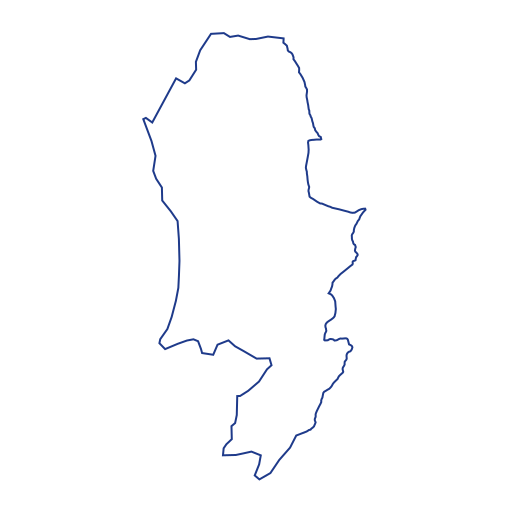 outline of Tashir, Lori, Armenia, rotated 89°
{"feature_id": "60910142B71035098533409", "entity_name": "Tashir", "entity_type": "district", "adm_level": 2, "iso_a3": "ARM", "parent_name": "Armenia", "parent_adm1": "Lori", "projection": "robinson", "projection_center": [44.248, 41.132], "detail": "fine", "context": "isolated", "style": "outline", "palette": "blue", "viewbox_px": 512, "rotation_deg": 89, "n_neighbors": 0, "source": "geoboundaries", "source_scale": "gbopen_adm2", "svg_char_len": 4394}
<svg xmlns="http://www.w3.org/2000/svg" viewBox="0 0 512 512"><g transform="rotate(89 256 256)"><path d="M432.4,208.5L431.7,207.3L430.9,206.1L430.7,205.1L430.6,204.5L429.6,203.7L428.7,202.4L427.4,201.0L426.4,200.6L424.7,199.8L423.3,199.3L421.6,200.0L420.3,200.1L419.5,199.9L418.2,199.3L417.1,199.1L415.8,199.2L414.4,198.9L412.3,198.0L407.6,195.6L404.7,194.0L403.2,193.3L401.5,193.3L400.0,192.8L398.8,192.1L396.4,191.6L394.1,191.1L392.9,190.2L392.1,188.7L391.0,186.9L390.0,185.0L388.8,183.8L387.8,182.9L386.7,182.2L385.4,181.5L384.1,180.5L383.0,179.4L381.4,177.7L380.4,176.6L378.9,175.9L377.7,175.2L376.5,174.0L375.3,172.6L374.6,171.8L374.4,171.5L373.9,171.1L373.6,171.0L373.3,170.8L372.0,171.1L370.5,171.4L369.1,171.1L367.5,170.0L366.1,169.3L364.6,169.3L363.1,169.1L362.0,168.1L361.1,167.4L360.0,167.1L358.1,167.2L356.7,167.2L355.3,166.7L354.2,165.9L353.4,164.8L353.1,163.7L352.9,163.3L351.9,162.4L350.6,161.7L348.9,161.2L347.7,161.7L347.2,162.3L346.7,163.0L346.0,164.5L343.5,165.1L341.4,165.6L340.4,166.2L339.9,167.3L339.9,168.6L340.1,171.0L340.0,173.2L340.5,174.6L341.5,176.4L341.8,177.6L341.9,179.0L340.9,180.0L340.8,180.3L340.5,181.3L340.3,182.7L340.3,183.0L340.5,184.0L341.5,185.7L341.6,187.1L341.6,188.7L341.0,189.3L339.9,189.1L338.0,188.9L335.6,188.6L334.1,188.0L332.9,187.3L332.0,187.0L331.0,187.2L329.7,187.3L328.7,187.7L326.9,187.9L325.4,187.5L324.6,187.0L323.4,185.9L322.7,184.9L321.9,183.7L321.0,182.2L320.2,181.1L319.7,180.4L319.1,179.7L318.6,179.2L317.5,178.4L316.9,178.3L314.4,177.6L310.4,177.1L308.2,177.3L302.8,177.6L301.9,177.9L299.5,178.8L296.8,180.5L295.6,181.8L294.6,184.0L291.9,182.1L289.7,181.3L287.8,180.5L286.0,180.1L283.9,179.9L283.0,179.1L281.3,177.9L280.1,176.8L279.0,175.0L277.8,174.1L275.4,171.7L273.9,169.7L272.9,168.4L267.7,161.8L266.2,159.7L265.9,159.6L265.3,159.4L263.6,159.5L262.7,158.8L262.5,157.8L262.0,156.6L260.5,156.3L258.8,155.9L258.2,155.2L256.7,154.3L255.8,154.5L254.6,155.4L253.3,156.7L252.2,157.0L250.2,156.6L248.8,156.1L247.5,156.5L246.6,156.8L246.0,157.9L244.9,158.5L243.2,158.8L241.9,159.5L240.4,159.8L238.8,159.8L237.2,159.9L236.0,159.5L234.7,158.5L233.4,157.8L231.7,157.7L229.6,157.2L227.2,156.2L225.6,155.0L222.8,153.6L221.2,152.2L219.8,151.7L218.1,151.0L214.4,148.3L213.0,147.0L211.7,145.7L210.6,146.0L210.6,147.4L210.7,148.2L211.0,149.9L212.0,152.5L213.2,154.4L214.4,156.5L214.5,158.9L214.1,161.0L213.2,163.4L213.2,163.5L212.2,167.1L210.8,172.0L209.8,176.1L209.1,179.0L208.1,180.9L207.5,182.9L204.7,189.2L204.6,190.9L202.8,194.0L200.0,197.9L198.7,200.2L197.6,201.4L195.7,201.7L193.8,202.0L192.0,202.4L190.9,202.3L188.9,201.8L187.9,201.6L187.3,201.8L185.4,202.4L183.2,202.8L180.5,203.1L178.9,203.2L177.3,203.3L174.3,203.7L172.6,203.7L170.8,204.2L168.7,204.6L166.9,204.4L161.7,203.3L157.8,202.5L153.7,201.7L153.3,201.7L150.6,201.5L146.7,201.7L146.2,201.7L143.4,202.0L141.8,201.6L141.2,200.1L140.9,197.9L140.9,197.1L140.6,193.3L140.7,189.4L140.3,188.7L138.1,189.2L137.3,190.8L136.2,191.5L134.2,192.3L133.1,193.3L131.3,194.6L129.3,195.0L128.0,196.0L126.8,196.3L124.2,196.7L122.4,197.3L119.1,198.0L117.5,198.9L116.4,199.1L114.7,200.1L111.5,200.2L110.3,200.7L108.7,200.9L106.1,201.2L102.9,201.8L101.3,202.0L98.1,202.6L96.2,202.7L92.5,202.1L90.4,202.1L88.6,203.0L87.5,203.7L85.9,203.9L82.8,204.5L78.6,206.3L75.0,208.4L73.1,209.8L71.0,209.6L68.8,209.6L66.6,210.8L64.5,212.1L62.0,213.6L59.9,215.1L58.0,215.0L55.1,216.0L53.9,216.8L52.9,218.0L52.1,219.7L51.0,220.6L49.3,220.8L46.2,221.5L45.5,222.3L44.8,223.0L43.2,224.9L39.6,224.6L38.9,224.6L36.8,240.2L39.0,252.1L39.1,258.4L35.3,270.0L36.5,278.2L32.6,284.2L33.1,297.1L49.3,308.2L60.8,312.7L68.7,312.6L79.3,319.6L82.1,324.1L77.0,332.8L120.7,357.4L116.0,363.7L117.2,366.3L139.2,358.5L154.1,354.7L169.1,357.3L177.0,354.5L185.9,348.9L198.9,348.8L209.8,340.4L219.7,333.8L237.6,332.8L259.6,332.6L274.5,333.4L286.5,334.2L299.5,336.9L315.5,341.4L327.5,345.9L337.5,353.2L341.5,354.1L347.5,348.5L342.4,335.7L339.3,326.5L338.2,320.0L340.2,315.4L348.1,312.6L352.1,311.6L354.0,300.5L344.0,296.0L339.9,285.0L345.9,278.5L350.8,270.1L358.6,257.2L358.5,244.3L365.5,242.4L369.5,247.0L381.6,255.2L390.7,266.2L395.7,274.4L395.7,277.2L414.7,278.0L422.7,279.8L425.7,283.5L438.7,283.4L443.7,288.9L447.7,291.7L454.7,292.5L454.6,279.6L453.2,272.4L451.5,264.0L455.4,254.7L464.4,256.5L475.4,261.1L479.4,256.5L473.3,245.4L460.3,236.3L448.2,225.3L436.2,218.9L432.4,208.5Z" fill="none" stroke="#1e3a8a" stroke-width="2"/></g></svg>